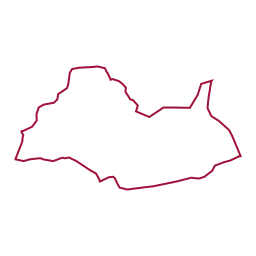 outline of Al Fasher, North Darfur, Sudan
{"feature_id": "16777658B96521919713520", "entity_name": "Al Fasher", "entity_type": "district", "adm_level": 2, "iso_a3": "SDN", "parent_name": "Sudan", "parent_adm1": "North Darfur", "projection": "robinson", "projection_center": [25.322, 13.818], "detail": "fine", "context": "isolated", "style": "outline", "palette": "rose", "viewbox_px": 256, "rotation_deg": 0, "n_neighbors": 0, "source": "geoboundaries", "source_scale": "gbopen_adm2", "svg_char_len": 1166}
<svg xmlns="http://www.w3.org/2000/svg" viewBox="0 0 256 256"><path d="M240.6,156.1L232.6,136.9L230.0,131.6L228.5,129.5L218.6,120.7L211.4,116.2L207.5,108.0L208.6,97.3L211.1,82.0L211.8,80.7L201.2,83.9L197.7,94.8L189.9,107.8L170.4,107.5L163.5,107.5L149.3,117.0L136.0,111.4L137.8,105.5L133.0,100.1L130.1,99.3L128.4,96.3L125.5,92.0L125.9,87.7L122.9,84.3L119.1,81.2L112.3,79.0L110.6,79.7L108.0,73.8L106.3,71.3L105.0,68.3L104.6,68.2L97.8,66.5L91.3,67.1L79.3,67.7L72.1,69.0L69.8,72.8L68.2,84.8L66.9,88.2L64.3,90.0L58.2,94.1L57.3,99.4L54.0,102.7L43.8,104.6L38.8,107.4L36.5,114.0L36.7,120.6L32.0,126.8L22.7,131.1L21.6,131.1L21.6,132.4L23.3,135.0L22.5,138.1L22.4,141.1L22.4,141.3L15.4,159.2L15.4,159.3L23.6,161.1L29.9,159.3L40.4,158.2L43.7,159.5L53.3,161.1L62.2,157.7L64.9,158.3L69.0,157.5L76.4,161.1L90.7,170.6L96.0,173.5L99.0,178.8L99.9,181.5L109.0,177.2L113.2,176.8L114.9,178.3L117.4,183.7L119.6,187.6L127.3,189.5L141.4,187.7L142.1,187.6L150.6,186.6L151.3,186.5L152.7,186.4L176.5,181.5L191.3,177.7L194.5,178.1L199.1,178.5L204.4,176.8L212.2,170.8L214.9,165.6L224.3,162.1L230.5,160.4L234.8,158.4L238.9,156.4L240.6,156.1Z" fill="none" stroke="#9f1239" stroke-width="2"/></svg>